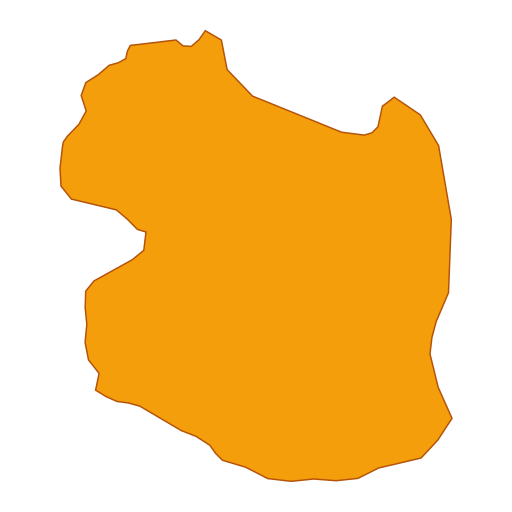 the border of Gümüshane
{"feature_id": "TUR-3031", "entity_name": "Gümüshane", "entity_type": "Province", "adm_level": 1, "iso_a3": "TUR", "parent_name": "Turkey", "parent_adm1": "", "projection": "mercator", "projection_center": [39.258, 40.339], "detail": "fine", "context": "isolated", "style": "filled", "palette": "amber", "viewbox_px": 512, "rotation_deg": 0, "n_neighbors": 0, "source": "natural_earth", "source_scale": "10m", "svg_char_len": 960}
<svg xmlns="http://www.w3.org/2000/svg" viewBox="0 0 512 512"><path d="M438.6,145.6L451.3,219.4L448.5,292.7L436.2,321.5L431.9,337.6L430.0,354.0L438.2,387.4L452.0,418.3L437.8,440.1L421.1,458.0L378.6,468.0L357.9,478.4L336.1,480.7L313.7,479.0L291.3,481.3L267.8,478.6L245.6,467.2L222.5,460.3L215.8,453.6L209.8,445.2L196.1,436.4L181.3,430.6L139.9,406.2L128.5,403.0L116.8,401.4L106.1,396.6L95.6,390.2L99.1,373.4L88.5,359.9L85.1,342.5L86.8,324.4L85.2,307.7L85.7,291.2L94.0,280.9L132.3,259.7L143.8,250.3L146.0,232.0L137.4,229.4L127.0,218.9L116.4,209.9L71.4,199.1L61.0,186.1L60.0,168.1L62.6,145.7L63.4,141.9L67.5,136.1L79.0,124.2L86.2,111.0L81.2,95.5L85.9,82.5L98.1,74.8L109.2,65.3L118.4,62.7L125.8,58.6L127.3,51.4L130.3,45.4L176.0,40.0L183.0,45.9L191.2,46.4L199.0,39.7L205.3,30.7L221.4,40.1L227.1,69.6L252.5,96.1L341.5,132.2L364.2,135.1L372.0,132.8L378.0,126.7L382.4,106.2L394.2,97.2L420.3,114.9L438.6,145.6Z" fill="#f59e0b" stroke="#b45309" stroke-width="1.5"/></svg>